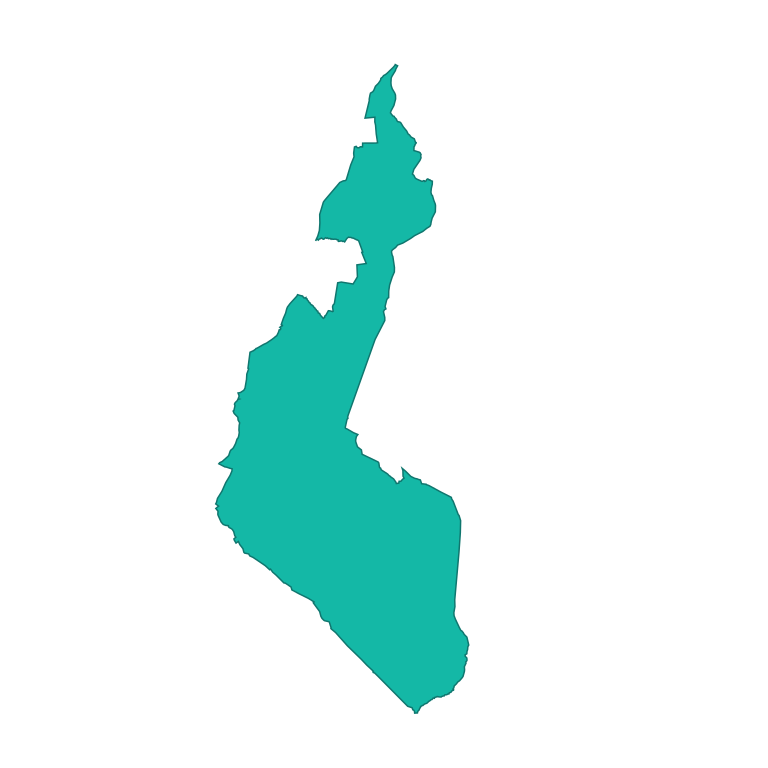 the district of Baltatesti, Neamt, Romania, rotated 103°
{"feature_id": "2599482B4509831144178", "entity_name": "Baltatesti", "entity_type": "district", "adm_level": 2, "iso_a3": "ROU", "parent_name": "Romania", "parent_adm1": "Neamt", "projection": "orthographic", "projection_center": [26.264, 47.132], "detail": "fine", "context": "isolated", "style": "filled", "palette": "teal", "viewbox_px": 768, "rotation_deg": 103, "n_neighbors": 0, "source": "geoboundaries", "source_scale": "gbopen_adm2", "svg_char_len": 6150}
<svg xmlns="http://www.w3.org/2000/svg" viewBox="0 0 768 768"><g transform="rotate(103 384 384)"><path d="M695.0,282.6L695.0,281.8L696.0,280.7L697.8,280.1L697.0,277.4L695.5,277.5L693.6,276.4L692.2,276.3L690.9,275.7L690.0,275.8L689.3,274.9L688.6,274.3L688.5,273.8L686.8,272.6L685.4,270.4L683.1,268.9L682.2,267.9L681.0,267.1L680.6,266.2L678.9,265.4L678.9,264.2L677.9,264.0L677.2,262.6L676.5,261.9L676.7,261.1L676.4,260.6L676.5,260.0L676.1,257.8L675.4,257.4L674.4,255.6L674.4,255.2L673.2,254.8L672.6,252.9L671.8,252.2L671.4,251.0L670.2,250.9L669.3,249.4L667.7,248.8L666.7,247.4L666.2,247.4L665.8,248.2L664.3,247.6L662.5,247.7L659.7,245.9L657.9,245.2L656.1,243.6L652.5,241.7L651.1,241.2L646.0,241.0L644.3,241.2L641.4,242.1L637.6,241.3L636.4,241.8L635.2,241.1L634.4,241.0L632.5,241.6L632.0,242.0L631.2,243.5L629.7,244.1L628.2,242.6L626.1,243.0L624.0,242.8L621.2,243.2L619.3,242.7L612.0,246.3L609.9,249.6L608.5,250.8L607.1,252.6L606.9,253.6L604.4,255.8L597.0,261.6L594.0,263.6L591.1,264.5L585.0,264.8L578.5,266.5L531.1,273.1L511.6,276.2L499.9,278.6L495.2,281.3L494.5,282.3L482.6,290.3L480.9,292.1L479.3,292.9L476.5,304.2L472.8,317.5L472.5,320.3L472.2,320.4L472.7,324.9L469.3,327.0L469.2,329.3L469.0,330.2L469.0,332.9L468.0,337.1L464.1,343.4L462.1,347.3L464.1,346.1L469.6,344.7L471.2,343.3L471.6,343.4L472.5,344.4L475.0,345.7L475.4,347.4L477.3,347.3L478.2,349.6L477.0,350.3L474.3,353.3L473.0,356.5L472.5,357.2L472.1,358.5L470.9,360.2L468.3,367.3L466.7,368.4L466.5,369.4L466.1,369.7L462.1,371.3L461.3,372.2L457.4,389.5L453.3,391.2L451.2,395.7L446.7,398.5L445.1,399.0L441.5,399.1L439.1,398.1L438.3,402.8L436.1,409.9L435.9,411.5L435.0,412.0L426.7,412.1L425.6,411.4L424.2,412.0L422.4,411.9L342.6,402.7L322.0,397.5L319.0,398.2L313.6,400.8L311.6,400.3L310.4,399.0L308.3,400.4L301.2,400.3L299.6,399.7L298.8,398.9L292.3,400.3L286.2,400.8L278.0,400.1L272.5,399.1L268.2,400.0L257.9,404.0L256.5,405.1L254.1,406.2L252.6,406.5L251.4,405.9L248.2,403.3L245.6,402.0L242.4,397.3L236.3,390.9L232.5,387.5L226.5,380.4L222.8,377.5L220.0,374.7L218.1,374.3L215.5,374.5L211.5,374.4L204.7,372.7L198.7,373.9L197.2,374.5L193.8,376.8L189.5,379.2L188.9,380.2L186.6,381.4L182.6,381.9L178.5,381.9L175.5,382.5L175.4,383.9L174.7,385.3L175.1,385.7L174.3,387.4L174.9,388.2L176.9,388.9L177.5,389.8L176.9,390.4L177.0,391.3L177.8,392.0L178.0,392.7L176.9,398.5L176.2,400.0L174.0,401.8L173.1,403.5L168.1,403.2L158.1,399.3L155.3,398.8L153.4,399.6L152.1,399.5L150.5,400.9L150.2,401.7L149.8,407.4L146.1,408.1L144.8,407.6L143.8,407.7L142.1,406.9L141.5,407.0L141.4,407.7L138.3,409.6L137.3,413.1L135.6,415.2L134.9,416.8L132.4,418.8L129.2,423.0L125.7,426.4L125.2,427.5L125.3,429.5L124.4,430.8L123.2,431.4L121.8,433.6L120.9,434.4L120.9,435.6L118.4,438.7L116.4,438.6L110.4,437.0L103.7,436.8L99.9,437.8L98.2,438.9L94.5,442.4L91.7,444.1L89.0,445.0L84.3,445.8L82.8,445.6L76.1,443.4L74.3,443.3L70.9,442.3L70.2,444.9L71.0,445.0L73.3,446.2L80.7,451.0L82.2,452.2L83.6,453.8L85.3,454.5L86.9,455.8L88.7,455.7L92.3,457.1L95.8,459.3L100.1,460.0L101.8,460.7L103.6,462.6L105.7,462.7L109.8,462.5L111.2,462.1L129.2,462.3L126.1,452.9L130.7,451.9L133.6,450.5L142.1,447.8L150.4,444.5L151.1,446.2L154.1,459.0L157.8,458.3L158.2,460.5L159.3,461.3L159.7,462.3L159.7,463.3L158.7,464.6L159.7,466.1L165.9,465.5L169.4,464.3L178.0,465.7L193.5,466.7L194.5,467.4L195.3,469.5L197.6,472.4L218.5,483.2L220.5,484.0L233.3,484.8L241.5,482.7L249.0,481.5L254.6,481.8L259.9,482.9L258.3,482.2L258.0,481.3L258.6,480.4L257.1,479.5L256.8,478.7L255.9,477.9L256.2,476.6L256.6,475.9L256.4,475.2L254.6,473.9L254.9,472.6L254.3,471.8L254.9,470.9L254.3,469.2L254.9,468.1L254.3,467.6L254.5,466.4L253.9,464.4L253.7,463.1L254.1,462.2L253.8,461.6L254.0,461.0L255.1,460.8L255.3,460.2L254.1,457.7L254.4,456.3L254.0,455.5L254.4,454.3L250.5,452.9L248.9,451.6L248.9,450.7L248.6,449.0L248.9,448.2L248.8,446.2L249.2,445.4L249.3,444.1L249.7,443.4L249.6,442.3L250.3,440.8L260.2,434.4L260.7,435.3L270.6,428.4L274.0,437.2L285.6,434.0L293.5,436.6L294.3,448.6L295.8,451.9L316.3,450.5L317.2,450.6L318.6,451.4L320.4,451.5L324.5,449.9L325.0,450.3L324.9,453.3L325.1,454.7L330.0,456.1L331.1,457.0L331.9,457.1L332.4,456.8L333.7,457.9L331.3,461.4L329.7,462.6L329.5,464.1L327.9,464.9L327.7,466.1L326.6,467.0L326.3,467.9L325.5,468.4L325.2,469.3L323.8,470.7L323.6,471.6L323.1,472.1L323.2,472.7L322.3,473.9L321.7,474.2L321.4,475.3L320.4,476.1L319.3,477.7L318.4,478.1L318.3,479.1L317.3,479.5L317.7,479.9L318.2,481.2L317.5,481.8L317.3,482.6L316.6,483.1L316.6,485.9L316.4,488.3L318.0,488.7L326.9,493.7L330.8,495.4L333.0,495.7L337.1,495.8L342.5,496.8L349.3,497.5L349.6,496.3L350.0,496.1L352.2,498.3L352.8,497.3L353.5,497.0L354.4,497.3L354.8,498.3L357.5,498.5L361.2,499.4L362.2,500.5L363.1,501.0L366.1,503.5L370.6,507.7L372.5,510.2L377.7,515.8L378.2,516.7L379.1,517.1L380.9,518.7L383.2,521.7L399.2,520.1L399.2,519.6L399.8,519.3L405.2,519.9L410.5,519.0L419.3,518.5L421.7,519.2L424.6,522.0L425.6,524.2L428.3,522.4L431.1,522.8L431.2,521.6L432.1,523.0L433.3,523.3L435.6,524.8L437.3,525.2L438.7,524.3L443.7,524.3L444.3,524.9L446.4,523.4L449.3,518.9L451.9,518.1L454.3,515.9L457.0,515.8L461.5,515.0L463.9,514.1L467.3,513.9L469.1,514.0L470.8,514.8L475.3,515.2L479.3,516.2L480.9,516.8L482.6,518.2L484.0,518.8L488.4,519.2L489.4,519.6L495.9,524.2L497.6,526.4L498.9,527.0L500.6,520.3L500.4,519.1L500.8,514.9L500.8,512.9L503.0,512.6L507.6,513.4L515.7,516.0L525.0,517.8L532.9,520.5L537.1,520.6L538.7,521.0L540.2,517.7L543.1,519.9L545.3,517.1L548.3,516.6L549.3,516.1L555.2,511.6L557.0,509.1L557.4,506.5L557.0,503.8L557.8,503.6L558.6,502.7L559.4,499.9L560.0,498.9L561.7,497.2L565.4,495.3L566.6,493.9L568.7,495.4L569.9,494.7L572.3,492.4L570.2,490.5L573.0,488.3L576.2,484.4L579.5,482.7L580.1,481.8L580.0,477.6L581.7,476.1L582.4,472.6L587.7,458.9L590.7,453.6L589.9,452.9L592.4,450.1L594.4,446.3L600.4,436.7L600.2,435.5L602.7,428.9L605.4,427.4L607.6,419.2L609.9,409.4L612.1,403.1L613.1,403.7L620.2,395.5L624.6,393.2L626.3,391.7L627.6,389.7L628.0,388.8L628.0,384.3L628.3,383.7L633.5,380.7L634.3,380.7L637.1,375.2L647.3,360.8L657.4,344.1L661.8,337.5L666.3,329.7L666.9,330.0L667.5,329.6L667.7,328.1L670.0,324.3L692.7,288.4L693.1,283.8L695.0,282.6Z" fill="#14b8a6" stroke="#0f766e" stroke-width="1.5"/></g></svg>